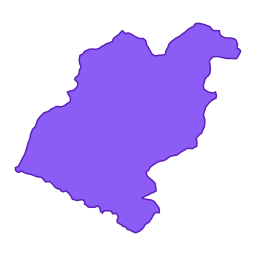 the district of Tupã, São Paulo, Brazil
{"feature_id": "56859067B14045296433248", "entity_name": "Tupã", "entity_type": "district", "adm_level": 2, "iso_a3": "BRA", "parent_name": "Brazil", "parent_adm1": "São Paulo", "projection": "mercator", "projection_center": [-50.528, -21.957], "detail": "fine", "context": "isolated", "style": "filled", "palette": "violet", "viewbox_px": 256, "rotation_deg": 0, "n_neighbors": 0, "source": "geoboundaries", "source_scale": "gbopen_adm2", "svg_char_len": 3405}
<svg xmlns="http://www.w3.org/2000/svg" viewBox="0 0 256 256"><path d="M122.2,30.7L120.3,32.8L118.7,34.5L116.2,36.4L114.2,37.7L113.0,39.5L112.4,41.5L110.5,42.3L108.7,43.2L106.2,43.7L104.3,45.3L101.8,46.3L99.9,48.0L98.0,48.8L96.1,49.3L93.5,49.2L91.3,49.0L88.9,49.4L86.9,50.3L84.5,51.6L82.6,54.2L80.1,55.2L79.4,57.8L79.2,59.9L79.8,63.9L81.1,66.9L79.4,70.2L79.1,73.2L78.0,75.7L75.6,77.3L74.7,79.6L77.7,82.6L78.0,84.7L76.7,87.3L73.6,90.3L70.4,90.9L67.4,92.0L68.3,94.2L69.5,96.2L70.5,98.5L70.2,101.7L67.3,103.4L64.8,105.4L61.5,106.9L58.2,106.5L55.9,106.5L54.2,107.8L51.6,108.8L49.5,110.5L47.8,111.6L45.8,112.2L44.0,112.8L42.1,114.7L39.9,116.9L37.7,119.9L36.9,122.0L36.0,124.9L35.1,126.9L33.0,128.8L31.8,131.1L30.5,134.5L30.2,137.3L29.3,140.3L28.2,142.5L27.6,144.6L27.2,146.5L26.6,148.5L25.9,150.5L25.3,152.6L24.6,154.7L23.3,156.7L22.0,159.2L20.9,161.5L19.7,164.0L18.3,166.5L15.4,167.6L15.6,170.4L17.5,172.1L19.7,172.1L21.7,170.9L24.3,172.7L27.1,173.6L30.0,174.2L32.6,174.9L35.5,176.3L38.2,176.9L41.1,177.1L43.7,179.6L45.3,181.7L47.6,181.8L49.7,181.5L51.1,182.8L52.6,184.2L53.9,185.7L55.3,187.4L57.3,188.6L60.0,189.2L61.2,191.1L63.2,191.8L66.0,190.9L68.2,192.7L69.7,194.5L71.1,196.4L72.4,199.3L74.8,199.8L77.1,200.6L79.4,200.0L82.3,199.7L84.6,201.1L84.5,204.2L86.5,205.2L88.4,207.1L91.7,207.2L94.6,207.4L97.6,205.9L99.5,207.4L100.2,209.6L100.6,211.6L102.4,213.1L103.8,210.9L106.6,210.7L109.1,210.7L111.5,211.5L112.6,213.8L115.1,213.4L117.1,214.2L118.3,217.5L117.0,220.1L117.4,222.5L121.0,224.6L123.0,226.4L125.6,226.9L127.3,229.4L129.9,230.0L131.6,231.0L133.3,231.8L135.2,232.7L137.6,232.1L139.8,230.9L142.1,229.2L144.0,226.8L144.9,224.6L147.1,223.4L149.1,222.1L150.9,219.4L152.4,216.9L153.9,214.1L155.7,212.5L159.2,212.7L159.4,210.2L158.7,207.5L156.1,204.0L154.2,201.5L151.6,200.1L148.6,199.6L146.5,199.3L144.5,199.0L142.1,198.1L145.9,195.7L148.1,195.1L150.7,193.4L153.5,192.4L156.2,190.7L155.7,187.3L155.1,183.3L153.2,181.2L150.5,179.0L148.7,177.5L146.9,175.5L146.0,172.4L148.6,170.3L150.0,167.4L152.0,165.7L154.7,163.9L156.5,162.6L159.4,161.4L164.3,160.4L166.9,158.9L168.9,157.2L170.9,156.2L173.2,155.6L177.0,155.0L178.8,153.6L181.5,151.7L184.5,150.1L187.2,148.3L189.3,148.5L192.5,148.5L196.7,146.3L197.0,142.9L196.8,140.7L196.0,138.5L198.8,135.3L201.6,133.1L203.0,129.6L204.5,126.4L204.9,120.0L204.0,116.9L203.5,114.1L204.9,110.0L205.6,107.3L207.7,104.5L209.2,102.7L210.8,101.2L212.5,100.0L214.3,99.0L216.2,97.8L216.4,95.4L215.5,92.0L212.7,93.1L210.9,92.6L208.1,92.0L205.6,90.3L203.7,88.7L203.4,85.2L204.2,82.2L205.1,79.2L206.5,77.0L208.4,75.7L209.9,73.1L210.2,70.6L210.4,68.0L209.7,63.6L209.5,60.7L211.5,58.2L213.6,56.6L218.1,56.6L221.5,57.3L223.6,57.8L226.6,58.5L229.2,58.5L231.7,58.4L234.8,58.8L236.8,58.4L238.2,56.0L239.4,53.8L240.6,51.3L239.6,49.4L237.0,48.3L237.6,44.7L236.8,42.2L236.0,40.1L233.9,38.7L231.5,38.2L229.3,38.0L226.6,38.0L224.6,37.7L221.5,36.2L219.8,34.0L219.4,30.7L213.1,30.6L211.3,28.5L209.9,26.6L204.9,24.8L202.1,24.0L198.7,23.3L195.4,23.7L193.7,26.4L191.5,27.4L189.1,28.7L187.0,30.4L185.0,32.2L183.0,33.6L181.2,34.9L179.7,36.2L177.8,37.1L175.8,38.2L173.3,40.1L171.6,41.3L169.2,43.8L167.8,47.5L165.9,50.8L165.4,54.2L163.4,55.0L159.5,55.2L156.0,55.8L153.6,55.4L151.7,53.6L150.0,50.5L148.3,47.4L146.5,44.6L145.8,40.7L143.3,38.5L140.2,38.6L137.6,37.7L135.0,36.5L132.3,34.8L130.0,33.6L128.0,32.9L126.0,33.6L124.3,32.5L122.2,30.7Z" fill="#8b5cf6" stroke="#5b21b6" stroke-width="1.5"/></svg>